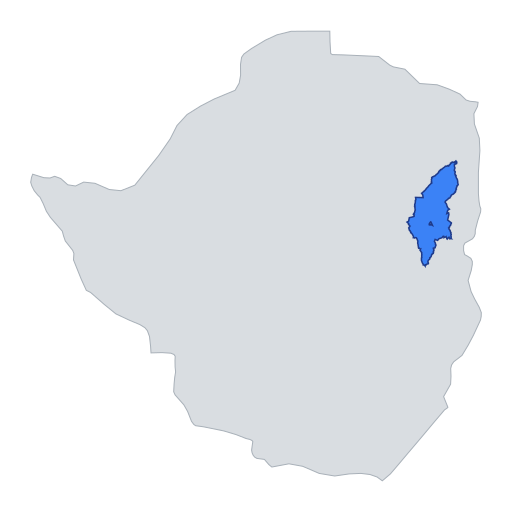 location of Makoni, Manicaland, Zimbabwe
{"feature_id": "62879985B27116987268551", "entity_name": "Makoni", "entity_type": "district", "adm_level": 2, "iso_a3": "ZWE", "parent_name": "Zimbabwe", "parent_adm1": "Manicaland", "projection": "robinson", "projection_center": [32.274, -18.385], "detail": "fine", "context": "in_parent", "style": "filled", "palette": "blue", "viewbox_px": 512, "rotation_deg": 0, "n_neighbors": 0, "source": "geoboundaries", "source_scale": "gbopen_adm2", "svg_char_len": 7916}
<svg xmlns="http://www.w3.org/2000/svg" viewBox="0 0 512 512"><path d="M382.3,480.8L377.1,477.0L370.0,474.5L360.9,473.4L349.2,473.9L334.7,476.0L319.2,473.4L302.7,466.3L288.9,463.8L272.5,466.9L271.8,467.0L268.9,464.6L264.4,459.4L256.9,458.4L254.8,457.2L253.2,455.3L252.1,452.8L251.6,450.1L252.8,441.5L252.1,440.6L250.1,439.5L246.0,438.5L236.1,434.6L223.7,430.9L203.5,426.8L195.6,425.7L193.8,424.4L191.5,421.3L187.6,411.4L183.9,404.9L175.1,394.9L173.7,391.8L174.1,383.9L174.7,377.5L175.6,372.0L175.1,366.9L175.0,360.6L175.2,356.3L174.0,354.5L170.9,353.2L161.9,352.6L151.0,352.9L150.6,346.4L149.5,336.5L147.4,330.7L144.9,327.7L139.9,324.6L129.8,320.4L115.9,313.9L104.1,304.3L90.5,292.4L86.3,290.3L81.2,279.1L73.5,259.9L73.9,253.5L72.7,250.4L65.3,241.0L63.6,236.1L62.3,231.2L50.4,217.4L46.4,211.3L43.2,203.6L40.1,197.4L37.6,194.9L34.2,190.7L31.8,185.9L30.7,182.3L31.5,177.5L32.7,174.2L43.9,177.7L50.0,178.0L54.7,176.3L60.7,178.5L67.8,184.8L75.5,186.0L83.7,182.1L95.0,183.3L109.2,189.5L120.9,190.7L134.8,185.2L147.1,169.9L158.7,155.5L170.2,138.9L177.0,125.5L187.1,114.5L200.5,106.1L214.2,99.0L235.1,90.3L239.2,83.1L240.6,75.3L240.5,64.4L241.6,57.3L243.8,54.1L247.2,51.6L251.7,48.4L265.5,40.1L277.0,34.8L291.1,31.3L306.5,31.2L321.4,31.2L329.8,31.2L330.0,41.7L330.7,53.5L332.3,54.6L343.5,54.9L361.4,55.7L378.7,56.5L389.7,65.1L393.4,66.9L404.9,69.2L419.6,83.5L437.2,84.8L449.3,89.2L460.0,94.1L466.1,100.0L470.1,101.3L475.5,101.8L478.1,102.3L477.5,106.5L473.9,113.7L474.4,124.0L479.3,138.2L479.9,150.6L478.4,172.4L478.4,193.5L479.0,201.0L479.8,206.0L480.8,208.8L480.6,211.9L477.7,220.8L475.3,230.1L475.2,233.8L474.3,236.4L472.5,238.8L464.9,243.1L463.6,245.7L463.6,250.6L464.6,254.6L467.4,256.1L470.9,258.4L472.3,261.4L472.3,264.6L471.2,270.6L468.1,280.4L471.1,291.6L474.6,298.9L479.3,307.4L481.3,312.6L481.2,316.4L480.5,320.0L473.3,335.5L468.2,345.1L462.0,355.4L453.7,361.8L451.6,364.9L450.7,368.5L451.0,376.2L450.6,384.2L443.6,396.6L447.9,407.3L446.9,408.3L444.6,409.8L434.4,421.8L424.2,434.0L416.7,442.9L408.1,453.0L398.6,464.3L390.4,473.9L382.3,480.8Z" fill="#d9dde1" stroke="#a8b0b8" stroke-width="1"/><path d="M425.1,266.0L425.1,265.8L425.2,265.6L425.1,265.2L425.3,265.2L425.5,264.7L426.2,264.9L427.0,264.0L427.4,264.0L427.9,263.7L428.2,263.8L428.4,263.5L428.4,263.0L428.1,262.7L428.1,262.2L427.8,261.9L428.0,261.6L428.0,261.2L428.2,260.5L429.3,259.4L429.5,259.3L429.9,258.7L429.7,258.0L429.8,257.7L430.3,257.4L430.9,256.9L431.2,256.4L431.3,255.9L431.7,254.8L431.6,254.6L431.7,254.3L432.6,254.0L432.8,253.5L433.3,253.3L433.5,252.4L433.3,252.3L433.2,252.0L433.3,251.7L433.6,251.1L433.8,250.9L433.7,250.7L433.9,250.5L433.7,250.0L433.9,249.7L433.8,249.3L433.7,249.2L433.7,248.9L433.5,249.0L433.1,248.3L432.9,248.1L432.7,248.1L434.8,248.0L435.2,247.6L435.2,246.9L435.9,245.6L435.8,245.3L435.9,245.1L435.9,244.8L435.8,244.7L435.6,244.6L435.6,244.4L435.4,244.2L435.5,243.9L435.4,243.7L435.4,243.1L434.4,241.4L435.1,239.4L437.6,240.4L438.8,238.9L439.3,238.6L441.9,237.8L443.1,236.3L443.7,236.3L444.0,237.6L444.5,237.1L445.4,237.1L446.0,236.7L446.0,237.0L446.3,237.1L446.6,237.6L446.7,238.3L447.0,238.3L446.9,238.6L447.1,238.6L447.3,239.0L449.0,237.2L449.9,238.8L450.1,238.6L451.3,238.7L451.0,238.4L450.9,238.3L451.1,238.0L451.1,237.5L451.2,237.2L451.2,236.7L451.0,236.4L450.9,235.2L451.2,234.8L451.1,234.6L451.2,234.4L451.2,234.1L451.0,233.8L450.8,233.5L450.8,233.3L450.7,233.0L450.7,232.7L450.9,232.6L450.2,231.2L450.3,231.0L450.2,230.7L449.7,230.1L449.7,229.8L449.6,229.6L449.0,229.1L449.1,228.7L448.6,227.9L449.2,227.3L449.3,227.4L449.6,227.0L449.6,226.7L449.5,226.4L450.0,225.8L450.3,225.6L450.4,225.4L450.6,225.3L450.6,224.9L450.9,224.0L451.3,223.7L451.1,223.2L451.3,222.8L447.6,220.0L448.9,214.5L448.6,212.8L446.8,213.6L447.7,210.3L449.4,209.2L447.5,207.5L447.3,206.4L447.0,206.1L446.9,205.9L446.7,204.8L446.4,204.1L446.4,203.9L445.5,202.8L445.3,202.3L445.1,202.2L445.1,201.9L445.3,201.6L445.4,201.2L445.6,200.9L445.9,200.8L446.3,200.5L446.5,200.2L446.8,200.0L447.1,199.8L447.4,199.7L448.2,198.8L448.4,198.4L448.6,198.3L448.8,198.4L449.1,198.1L449.8,198.0L450.2,197.2L450.7,196.6L450.8,196.1L451.0,196.0L451.0,195.8L451.1,195.7L451.3,195.2L451.5,195.1L451.9,194.7L452.5,194.5L452.8,194.3L453.3,194.1L453.5,193.7L453.8,193.6L453.9,193.4L454.1,193.4L454.2,193.1L454.8,192.7L455.1,192.4L455.3,192.1L455.2,191.8L455.4,191.8L455.4,191.3L455.7,191.1L455.8,191.0L455.8,190.0L456.4,189.2L456.1,188.8L456.3,188.6L456.4,187.7L456.7,186.9L456.9,186.8L457.0,186.6L457.0,186.3L457.0,185.7L457.6,185.4L458.2,184.7L457.9,183.6L457.8,183.0L457.6,182.6L457.8,182.0L457.7,181.8L457.6,180.8L457.5,180.4L457.5,180.0L457.3,179.5L457.2,179.0L456.9,178.9L456.7,178.6L455.8,176.4L456.1,176.0L456.1,175.9L455.8,175.9L455.8,175.4L455.4,175.3L455.4,175.0L455.5,174.8L455.3,174.5L455.1,174.4L454.8,173.8L454.9,173.6L454.9,173.2L455.2,172.6L455.0,172.1L455.2,171.6L455.1,171.4L454.6,171.1L454.3,170.6L454.5,169.9L454.4,169.3L454.9,168.2L455.0,167.9L454.6,167.3L454.4,166.0L454.4,164.5L456.6,163.6L456.6,163.3L456.7,163.1L456.8,162.3L456.7,161.8L456.4,161.6L456.2,161.7L456.0,161.2L455.8,161.4L455.7,161.1L455.5,161.3L455.3,161.8L455.0,161.8L455.1,162.4L454.9,162.7L454.5,162.4L454.2,162.3L454.0,162.5L453.9,162.5L453.5,162.3L453.2,162.4L452.8,162.0L452.1,162.0L451.7,162.6L451.6,163.0L451.1,163.1L450.9,163.0L450.5,163.1L450.4,163.6L450.4,164.0L450.2,164.3L450.0,164.6L449.8,164.6L449.4,164.9L449.1,165.1L448.7,165.4L448.8,165.6L448.9,165.8L448.5,166.1L448.3,166.1L447.7,165.6L447.0,166.1L446.7,166.1L446.4,166.3L445.8,166.1L445.2,166.3L444.9,166.8L444.3,167.3L443.5,167.8L442.7,168.5L442.3,168.6L441.9,169.3L441.6,169.6L441.0,169.4L440.5,169.7L440.0,170.3L440.1,170.6L439.9,170.8L439.4,170.9L439.1,171.1L438.6,172.0L438.7,172.3L438.5,172.7L438.2,172.8L437.3,173.8L437.0,174.0L436.5,174.4L436.2,174.5L435.5,175.5L435.0,175.8L434.8,176.0L434.2,176.0L433.8,176.5L433.2,176.6L432.6,176.9L432.4,176.9L432.1,177.3L431.7,177.5L431.8,177.9L431.9,178.5L431.7,178.7L431.4,179.6L431.6,181.0L431.4,181.5L431.3,182.0L431.7,182.2L431.7,182.3L431.7,183.2L431.1,183.4L430.5,184.1L428.9,185.6L427.8,187.1L426.2,188.6L426.1,189.0L425.8,189.4L425.6,189.6L425.2,190.1L424.4,190.9L424.1,191.0L423.9,191.5L423.5,191.6L422.6,192.5L422.3,192.7L422.0,193.1L421.6,193.3L422.8,195.0L423.1,197.6L415.5,197.4L415.5,197.8L415.7,198.1L415.9,199.5L415.3,200.4L415.5,200.8L415.3,201.4L415.4,201.6L415.2,202.6L415.3,202.9L415.1,203.5L414.8,204.0L414.7,204.5L414.9,205.0L414.7,205.2L414.8,205.4L414.8,206.1L414.6,206.3L415.0,206.9L414.8,207.2L415.0,207.7L415.0,209.1L415.3,209.9L414.8,211.1L414.7,212.2L414.5,212.4L414.1,213.2L414.0,213.3L414.2,213.8L413.9,213.8L413.4,214.1L413.3,214.4L413.4,214.6L413.7,214.8L414.2,215.6L414.1,216.4L412.4,217.0L409.3,217.7L408.6,221.2L407.0,222.1L408.7,223.7L408.5,224.4L409.9,225.9L409.8,226.1L409.9,226.5L409.0,227.3L409.0,227.7L408.7,228.0L409.1,228.7L409.2,229.0L409.1,229.4L409.4,230.3L410.0,230.5L410.0,231.0L410.5,231.5L410.5,231.8L410.7,232.1L410.7,232.5L411.0,232.4L411.3,233.0L412.3,234.2L413.3,236.1L413.5,236.9L413.3,237.4L413.3,237.7L414.0,237.6L414.4,238.0L414.6,238.0L414.9,237.8L415.6,237.6L416.4,237.8L416.7,238.5L416.9,238.7L417.5,240.3L417.8,240.8L417.9,241.1L417.7,242.0L417.8,242.5L417.7,242.7L417.7,243.4L417.9,244.1L418.1,244.5L418.1,245.4L418.2,245.9L418.3,246.2L418.4,247.3L418.6,248.2L418.7,248.3L419.0,248.4L419.2,248.1L419.3,248.1L420.0,248.7L420.3,249.3L420.5,249.2L420.1,250.4L420.4,250.6L420.6,251.0L421.2,251.8L421.4,252.3L421.7,252.5L421.7,254.2L421.9,254.9L421.7,255.2L421.7,256.0L421.7,256.8L421.8,257.3L421.8,257.6L421.4,258.0L421.5,259.1L421.4,259.9L421.5,260.7L422.1,262.0L422.1,262.4L422.5,263.2L423.0,263.8L423.2,264.9L423.6,264.8L424.4,265.4L424.7,265.5L425.1,266.0ZM430.4,222.5L430.4,222.1L430.7,221.8L430.9,221.9L432.5,225.4L430.7,224.5L430.3,225.0L429.4,224.9L429.4,224.5L429.2,224.2L429.5,224.1L429.6,223.9L429.7,223.0L430.0,222.6L430.4,222.5Z" fill="#3b82f6" stroke="#1e3a8a" stroke-width="1.5"/></svg>